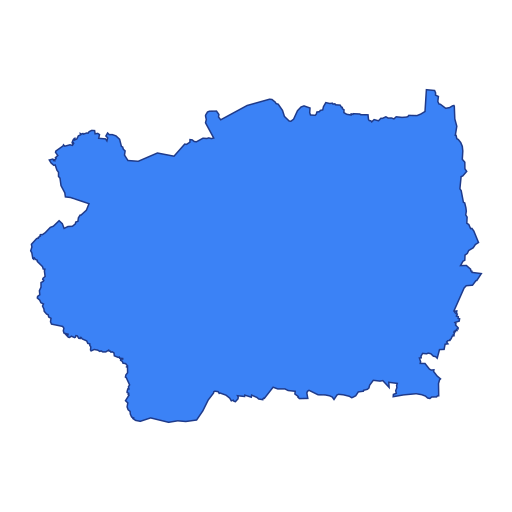 outline of San Miguel el Alto, Jalisco, Mexico
{"feature_id": "50627088B47757986918048", "entity_name": "San Miguel el Alto", "entity_type": "district", "adm_level": 2, "iso_a3": "MEX", "parent_name": "Mexico", "parent_adm1": "Jalisco", "projection": "orthographic", "projection_center": [-102.412, 20.993], "detail": "fine", "context": "isolated", "style": "filled", "palette": "blue", "viewbox_px": 512, "rotation_deg": 0, "n_neighbors": 0, "source": "geoboundaries", "source_scale": "gbopen_adm2", "svg_char_len": 5983}
<svg xmlns="http://www.w3.org/2000/svg" viewBox="0 0 512 512"><path d="M440.5,378.9L437.0,375.9L433.6,371.5L433.9,369.8L431.4,370.1L429.5,369.2L425.0,363.5L420.2,363.4L420.6,361.7L419.4,358.0L421.2,357.8L421.0,356.1L422.6,353.4L426.6,353.8L428.2,353.1L430.8,353.7L433.4,356.2L435.6,356.6L437.2,358.2L439.5,349.6L444.1,349.4L445.1,344.2L447.9,343.8L446.6,342.0L447.8,340.7L450.0,340.4L449.9,339.6L451.0,339.0L452.3,336.1L454.0,335.7L453.4,334.6L454.1,334.3L454.4,332.6L455.1,332.5L453.9,332.1L454.3,331.3L455.4,331.5L455.4,330.6L456.9,330.5L456.4,329.8L457.1,328.9L458.0,329.0L458.2,327.9L455.5,325.0L456.0,323.8L454.9,322.5L459.2,321.1L459.6,318.8L458.1,318.4L458.3,316.7L456.8,316.0L456.1,316.6L457.3,314.1L456.5,313.5L456.8,310.9L454.7,311.2L454.8,312.2L453.9,311.0L464.1,288.0L466.3,285.7L472.5,285.2L475.9,280.7L476.8,280.5L481.3,273.6L472.0,272.4L471.9,271.2L470.8,270.9L470.6,269.2L466.4,265.5L460.5,265.6L463.0,261.2L464.8,260.2L465.0,255.1L467.3,253.4L468.7,250.5L473.2,247.8L475.4,244.5L478.5,242.5L473.8,231.0L471.9,228.4L470.6,228.6L468.8,224.5L466.8,223.2L467.1,217.1L465.7,214.9L466.3,211.3L465.9,207.8L464.7,202.9L463.4,202.3L461.2,190.7L459.9,188.8L461.1,176.6L462.7,176.0L466.7,171.4L464.9,168.8L464.8,162.2L462.3,159.3L462.8,151.0L462.3,146.3L460.7,142.5L458.3,139.5L456.8,138.7L456.1,135.4L455.3,135.3L456.8,126.3L454.8,118.9L454.3,106.2L453.9,105.5L452.4,105.9L449.6,107.6L445.7,108.3L440.4,104.3L439.0,104.0L437.8,101.5L438.4,96.5L435.5,95.1L435.6,92.9L434.6,90.5L426.4,89.7L425.0,111.5L420.9,114.0L417.0,115.6L408.7,115.4L407.9,116.6L406.3,117.1L402.0,117.4L396.2,116.8L393.9,118.9L391.5,118.0L388.2,118.1L385.9,116.8L382.4,118.4L380.9,118.3L378.5,120.8L374.1,119.6L371.7,121.9L370.8,120.8L369.3,120.6L368.5,119.5L368.0,114.8L360.7,114.7L359.8,114.0L353.2,113.7L352.9,114.4L351.2,113.9L351.1,115.0L346.7,114.3L343.9,112.6L344.0,109.8L342.4,108.7L342.3,107.4L341.3,107.0L340.1,105.1L335.5,104.8L334.9,103.8L333.0,104.1L332.4,103.2L329.8,103.5L325.8,102.6L323.5,106.6L322.7,109.9L320.3,110.4L319.4,111.7L316.9,112.0L316.3,114.1L315.2,115.3L310.5,115.0L309.7,112.7L310.0,108.0L304.0,105.9L301.0,107.0L297.5,110.7L293.6,119.2L290.8,121.3L289.1,121.0L284.4,116.4L282.5,110.4L278.2,104.2L276.1,103.6L275.2,102.1L272.0,99.5L269.6,99.2L247.1,105.5L220.7,119.8L218.5,117.0L218.9,114.5L216.5,111.1L209.4,111.2L207.5,112.0L205.8,114.8L205.5,115.8L206.3,119.6L205.5,122.8L213.7,138.0L211.5,138.6L208.7,137.9L206.9,138.5L203.0,138.2L196.4,141.8L194.2,141.5L192.2,139.9L190.0,139.6L189.9,142.2L186.5,144.4L184.7,144.1L174.0,156.2L157.4,153.0L138.2,161.3L127.9,160.5L124.5,155.1L125.1,150.9L123.3,149.2L122.7,147.1L121.4,146.3L119.6,139.3L116.0,135.9L112.3,134.6L109.2,134.6L107.6,133.0L105.9,136.0L107.7,137.9L106.9,140.9L105.5,138.9L98.7,138.3L99.5,134.6L97.7,133.4L95.1,133.8L94.6,130.6L91.7,130.4L89.1,131.7L88.0,133.2L86.7,133.0L83.4,134.1L82.9,133.5L81.5,134.1L80.3,133.5L80.5,134.9L78.4,135.8L76.8,139.0L74.7,139.9L74.9,138.3L74.4,138.4L73.2,139.8L72.1,142.5L72.5,143.5L73.4,142.8L73.7,143.3L72.4,145.4L70.0,144.8L64.8,146.2L63.5,144.9L63.2,145.8L55.9,151.0L55.5,152.3L57.8,155.5L55.5,157.6L56.1,158.2L55.5,159.3L54.4,159.6L54.8,160.7L53.5,160.6L53.6,159.7L52.8,159.1L49.3,160.0L51.1,163.0L53.8,165.3L55.2,165.0L56.9,170.1L58.5,172.3L58.5,176.4L60.0,178.2L61.0,185.6L64.8,192.8L65.4,196.9L70.5,197.5L89.0,203.7L86.4,210.2L81.0,215.1L80.1,215.1L78.4,217.8L77.9,221.3L75.7,222.1L75.4,223.8L72.4,226.3L68.0,226.5L64.1,228.4L62.3,223.7L59.1,220.7L53.4,226.2L50.3,227.4L45.2,232.7L42.5,234.6L40.5,234.6L40.0,235.2L40.4,236.1L38.3,237.4L38.3,238.2L36.6,238.6L31.4,244.3L31.9,247.0L30.7,250.8L31.8,252.8L32.8,258.4L33.5,259.0L33.5,258.1L34.2,257.8L35.3,259.3L37.3,260.3L37.3,261.5L42.5,266.6L43.2,269.0L44.9,269.2L44.4,270.9L45.1,276.5L43.0,278.3L42.7,279.4L43.8,280.3L43.3,281.3L41.0,282.6L41.0,287.2L39.4,290.7L39.8,294.8L37.6,296.4L37.3,298.0L39.7,300.1L40.9,302.7L43.5,304.0L42.5,306.0L43.9,308.9L44.2,311.3L46.6,314.1L48.1,314.7L48.7,317.0L51.0,318.3L50.5,321.8L51.5,324.1L62.6,326.4L63.9,328.2L63.3,330.8L64.0,333.1L68.1,334.2L67.9,335.0L65.6,334.3L68.3,337.2L69.4,337.5L71.4,336.2L74.6,337.6L75.4,337.2L75.9,335.6L77.2,335.8L78.8,338.3L80.2,338.5L80.5,337.4L81.0,337.4L82.2,338.9L86.7,340.9L87.8,343.4L89.8,343.9L89.8,345.3L90.8,347.0L90.5,349.9L91.1,350.9L94.2,349.5L97.7,350.1L99.8,351.4L101.1,350.9L102.7,351.9L105.8,351.9L108.7,350.1L109.1,351.1L110.3,351.2L111.0,352.2L112.3,351.8L114.0,353.0L114.3,355.8L118.2,357.4L119.3,357.1L119.7,358.2L122.7,358.5L122.7,359.1L120.7,359.0L120.6,360.3L122.3,361.4L123.0,363.2L125.6,363.6L127.6,366.0L126.6,366.9L127.5,367.4L127.6,372.7L125.9,374.9L125.4,377.1L126.3,377.7L129.6,384.9L128.4,386.8L128.9,388.9L127.8,388.9L127.1,391.5L127.1,392.5L128.7,393.3L128.2,394.5L129.0,395.1L125.5,400.7L127.8,402.9L127.1,406.9L128.1,409.7L130.1,411.4L130.3,414.0L131.6,417.0L133.6,418.0L133.0,418.6L135.6,420.4L140.3,421.3L150.6,417.9L168.6,422.3L177.7,420.8L185.8,421.5L196.6,420.0L202.8,410.9L208.2,400.0L213.5,393.1L213.9,391.6L214.8,391.2L218.1,391.6L219.2,393.4L220.0,393.0L225.9,395.1L229.8,398.2L231.3,400.8L233.3,400.2L233.9,401.2L235.4,401.7L238.0,398.8L238.2,397.1L237.5,395.7L244.6,396.5L244.8,395.1L251.3,397.2L251.6,395.1L257.0,397.5L258.7,399.0L262.8,399.7L263.0,398.7L264.0,398.0L264.4,398.3L273.1,387.2L277.7,388.9L284.9,388.9L288.1,390.5L295.2,391.3L294.9,394.0L298.2,396.5L297.9,397.1L299.4,398.6L307.8,398.4L306.8,392.9L307.5,391.3L309.0,390.3L318.1,394.8L325.1,394.9L329.6,395.8L332.2,397.0L334.0,399.5L337.0,395.0L338.5,394.3L343.4,394.8L349.4,396.3L351.7,397.7L352.6,397.4L355.7,395.8L358.3,391.9L363.4,391.2L363.6,390.3L367.4,389.3L368.9,388.0L369.7,385.1L373.3,380.3L380.0,381.1L382.8,380.6L389.1,387.4L388.8,382.3L397.3,383.4L396.6,385.5L396.9,387.6L395.7,390.7L396.3,393.3L393.4,394.4L393.2,396.7L403.5,394.9L416.2,393.7L421.8,394.7L425.5,396.1L427.6,398.0L429.9,398.5L431.7,397.0L436.6,396.9L437.4,395.9L438.7,395.8L438.5,383.5L439.6,379.7L440.5,378.9Z" fill="#3b82f6" stroke="#1e3a8a" stroke-width="1.5"/></svg>